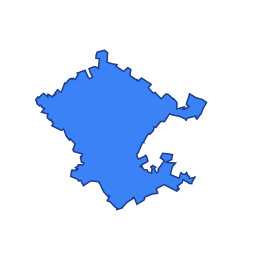 outline of City of Tshwane, Gauteng, South Africa, rotated 47°
{"feature_id": "47623444B80921072750836", "entity_name": "City of Tshwane", "entity_type": "district", "adm_level": 2, "iso_a3": "ZAF", "parent_name": "South Africa", "parent_adm1": "Gauteng", "projection": "mercator", "projection_center": [28.311, -25.594], "detail": "fine", "context": "isolated", "style": "filled", "palette": "blue", "viewbox_px": 256, "rotation_deg": 47, "n_neighbors": 0, "source": "geoboundaries", "source_scale": "gbopen_adm2", "svg_char_len": 5226}
<svg xmlns="http://www.w3.org/2000/svg" viewBox="0 0 256 256"><g transform="rotate(47 128 128)"><path d="M44.9,169.0L45.1,172.6L43.8,172.7L44.3,176.1L45.3,176.0L45.3,176.5L48.3,178.0L50.7,177.6L50.9,177.7L51.1,177.7L51.6,177.6L51.7,177.4L51.7,177.2L51.7,176.8L51.6,176.6L51.7,176.4L51.8,176.4L51.9,176.5L52.0,176.5L52.1,176.4L52.1,176.2L53.8,176.4L53.9,176.9L54.5,176.9L56.8,175.7L57.4,180.5L63.2,177.0L64.5,179.3L65.5,180.1L69.5,179.7L69.5,179.8L69.8,178.5L70.3,179.1L71.6,179.0L71.7,179.5L73.8,179.1L74.4,182.2L84.3,178.3L84.9,175.8L92.3,178.8L93.0,178.8L96.9,179.1L96.6,177.7L103.6,177.4L106.2,183.0L108.2,183.7L113.6,180.4L115.8,179.0L116.2,179.6L116.4,179.9L117.3,181.3L117.4,181.6L117.6,182.8L117.2,182.7L117.3,182.8L117.3,183.1L117.6,183.2L121.3,185.3L122.8,184.0L124.3,185.0L123.6,186.8L123.1,187.3L122.4,188.0L122.1,188.6L121.0,189.4L122.0,190.0L121.6,190.7L121.2,193.5L123.8,192.5L123.8,194.7L123.2,194.4L122.6,195.6L122.3,196.2L121.7,197.4L120.7,197.3L120.5,198.1L124.4,202.9L131.0,199.8L133.1,200.3L134.2,198.2L139.8,200.0L140.9,193.2L141.5,191.1L147.2,186.2L147.3,186.2L147.5,186.3L149.5,186.7L150.1,186.7L155.1,188.4L158.2,189.3L164.7,189.3L164.7,188.2L165.4,188.1L167.0,192.9L169.8,191.4L173.7,191.3L175.2,191.5L179.6,190.9L180.0,191.8L182.5,186.8L182.5,186.3L182.2,186.3L182.1,186.1L181.7,179.1L182.8,173.4L183.0,172.2L182.3,171.9L182.7,170.8L186.3,172.1L189.9,173.5L190.3,171.5L190.4,170.9L191.6,165.5L190.6,163.5L189.9,163.3L192.6,155.8L194.7,152.6L195.2,152.0L195.9,150.8L195.1,150.4L192.8,149.3L191.6,148.6L192.2,146.7L193.0,144.0L194.1,140.1L207.5,135.4L206.4,133.8L207.7,133.5L207.4,132.0L204.1,131.5L204.9,125.8L204.3,124.7L203.3,123.1L208.0,121.4L210.1,121.0L210.6,120.9L212.2,119.2L211.2,118.1L209.6,112.5L209.3,112.8L209.5,113.3L206.7,117.6L206.5,117.4L206.4,117.4L206.2,117.2L205.9,117.0L205.8,116.9L205.5,116.7L205.4,116.6L205.2,116.5L205.3,116.3L205.2,116.1L204.4,116.6L203.8,116.6L203.6,116.6L203.0,116.5L202.2,116.2L201.7,115.8L201.3,115.7L200.4,115.4L200.3,115.5L201.1,117.6L200.0,118.5L199.4,119.2L197.5,119.9L196.8,119.5L196.7,119.6L198.0,122.1L198.6,123.0L199.6,124.8L198.4,125.4L191.0,128.8L189.9,127.1L189.0,125.8L186.7,122.3L186.0,117.1L178.7,124.0L180.6,118.5L180.9,117.5L180.3,117.2L179.6,116.1L178.5,114.5L177.8,113.6L174.1,116.5L173.7,116.8L172.1,118.2L170.2,119.8L171.7,124.4L171.8,124.7L174.6,124.1L174.9,124.0L176.6,123.6L177.1,125.8L177.6,128.3L178.1,131.0L178.7,133.8L178.7,134.2L179.4,134.3L180.2,135.0L180.6,135.2L180.6,135.5L180.3,137.8L177.0,136.9L176.4,137.2L175.6,135.9L175.6,134.6L173.2,135.2L172.5,135.4L172.2,135.5L172.1,136.8L172.0,137.9L172.4,138.0L173.8,137.9L177.2,141.5L176.9,141.7L176.2,142.1L175.2,142.6L174.0,143.2L173.3,143.5L171.8,142.6L169.6,144.6L167.7,144.6L166.3,144.1L166.2,144.4L165.8,144.4L165.7,144.8L164.6,145.2L164.7,144.8L164.6,144.4L164.7,143.5L164.0,143.3L164.9,140.9L165.8,136.7L165.9,136.1L162.0,134.0L160.0,133.7L159.7,135.6L159.4,137.0L158.7,139.1L157.9,141.6L156.7,141.2L154.4,140.5L152.9,138.9L153.1,137.9L152.8,137.1L151.3,133.6L151.0,132.8L149.1,128.5L148.7,127.2L149.3,126.6L149.1,126.6L147.6,122.5L146.4,118.2L146.3,116.9L147.5,116.4L147.2,111.6L145.7,108.8L144.9,108.4L145.6,107.7L146.7,107.2L146.8,107.1L146.2,105.3L146.2,105.0L146.1,104.1L145.6,100.0L145.5,99.8L145.5,99.7L148.2,97.0L145.9,87.7L147.4,87.3L148.5,86.7L150.8,85.1L152.3,84.1L153.8,82.9L155.0,82.2L156.1,81.6L159.2,80.5L159.9,80.3L161.3,79.8L162.2,80.7L161.2,77.7L161.7,76.9L162.9,74.9L163.6,73.7L165.6,70.3L167.7,71.8L168.5,71.5L167.2,64.6L167.3,64.6L164.7,59.3L164.8,59.4L163.6,55.3L162.9,53.1L158.1,54.1L156.7,54.9L155.2,55.9L152.2,57.6L149.9,58.3L147.4,58.9L144.9,59.6L148.0,64.6L148.0,64.8L148.0,65.0L150.4,69.2L153.7,68.7L153.7,68.8L153.7,69.0L153.4,69.5L153.5,69.8L153.8,69.9L153.8,70.0L153.7,70.6L153.6,70.8L153.5,71.1L153.3,71.1L153.3,72.1L153.3,72.4L153.3,72.5L153.0,72.6L152.9,72.8L152.9,73.0L152.7,73.1L152.6,73.3L152.4,73.4L152.4,73.6L152.5,73.6L152.5,73.8L152.5,74.0L152.7,74.4L151.7,75.0L151.0,72.4L147.3,79.4L147.1,79.4L143.3,75.1L143.4,75.3L143.1,75.4L142.0,74.7L137.7,74.7L137.8,75.1L130.6,75.7L128.9,77.2L128.9,77.5L129.3,83.8L120.3,84.0L119.5,85.9L112.4,85.7L112.3,85.0L111.9,81.3L105.8,82.8L104.9,83.0L104.3,83.2L103.5,83.3L100.6,84.1L100.6,88.5L99.5,88.8L99.4,88.4L98.6,88.4L98.5,89.1L90.9,90.8L87.2,86.1L83.7,86.9L83.7,92.6L74.5,94.7L74.1,92.8L70.7,95.5L66.8,97.9L65.3,98.2L60.6,93.2L59.1,91.6L55.0,92.2L51.5,98.9L53.2,102.0L53.6,102.1L54.9,103.9L57.9,101.7L64.1,108.8L60.7,110.3L60.1,110.9L58.0,116.1L62.5,118.1L66.4,118.9L66.1,121.1L66.1,121.7L66.0,122.5L63.3,122.4L56.5,120.0L54.7,124.3L54.1,125.7L53.2,127.7L55.2,128.5L55.9,131.6L56.4,133.9L54.2,134.2L54.3,135.3L54.2,135.8L53.8,135.8L53.7,135.7L53.4,135.5L53.2,135.5L53.0,135.8L53.1,136.0L53.0,136.3L52.8,136.5L52.7,136.6L52.6,136.8L52.5,137.0L52.4,137.1L52.5,137.3L52.5,137.8L52.5,138.0L52.4,138.1L52.4,138.5L52.4,138.9L52.5,139.1L52.4,139.5L52.4,139.8L52.6,140.0L53.1,142.8L53.1,143.3L52.3,143.4L51.9,143.5L55.0,149.8L56.2,152.2L55.3,153.1L54.1,153.2L53.6,153.2L52.9,153.0L52.5,153.5L52.0,153.5L52.7,157.7L53.4,157.6L53.9,157.7L53.8,158.5L54.0,159.6L53.1,159.8L53.5,162.2L50.7,162.8L48.7,163.5L50.6,165.4L45.2,166.1L44.9,169.0Z" fill="#3b82f6" stroke="#1e3a8a" stroke-width="1.5"/></g></svg>